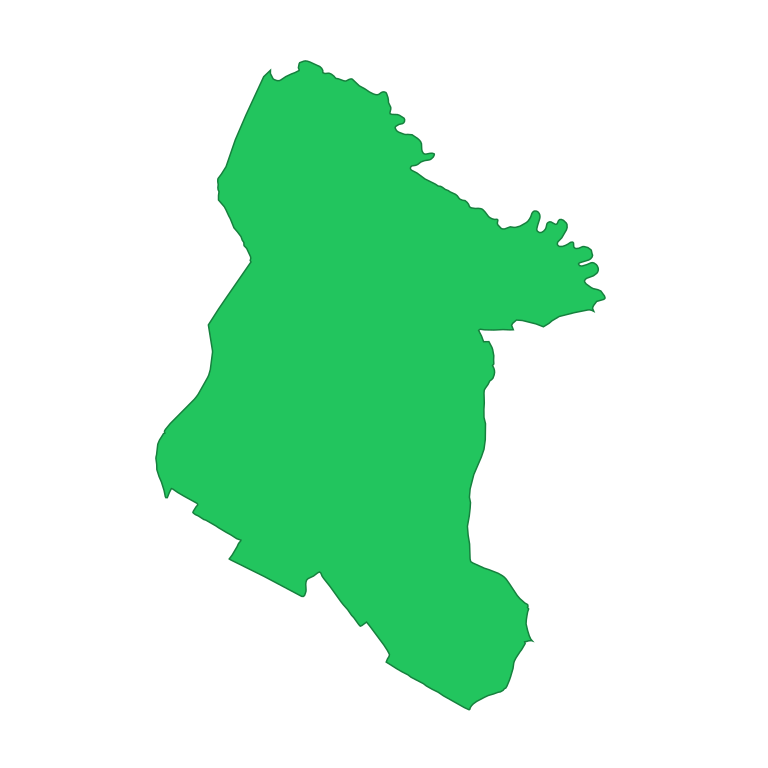 the district of Porumbesti, Satu Mare, Romania, rotated 199°
{"feature_id": "2599482B57737468340050", "entity_name": "Porumbesti", "entity_type": "district", "adm_level": 2, "iso_a3": "ROU", "parent_name": "Romania", "parent_adm1": "Satu Mare", "projection": "equal_earth", "projection_center": [22.962, 47.979], "detail": "fine", "context": "isolated", "style": "filled", "palette": "green", "viewbox_px": 768, "rotation_deg": 199, "n_neighbors": 0, "source": "geoboundaries", "source_scale": "gbopen_adm2", "svg_char_len": 6171}
<svg xmlns="http://www.w3.org/2000/svg" viewBox="0 0 768 768"><g transform="rotate(199 384 384)"><path d="M593.5,643.7L597.8,635.4L602.1,593.3L604.1,566.5L604.1,538.1L606.1,529.5L607.8,524.3L607.7,523.2L607.0,521.1L605.7,518.6L605.0,515.6L604.1,513.7L602.6,512.1L601.9,508.5L600.4,504.1L592.7,499.6L590.2,497.3L585.5,492.4L583.2,490.3L576.7,482.8L572.1,480.1L567.2,476.8L564.8,473.8L562.6,472.2L561.6,469.7L561.3,469.2L558.0,467.5L551.8,461.1L550.9,459.6L550.7,457.2L549.5,456.1L561.0,415.1L564.8,401.2L569.3,382.7L557.1,359.8L556.5,358.4L552.9,341.0L552.6,335.3L552.9,332.6L556.4,313.6L557.5,310.1L558.5,307.5L573.2,277.1L575.8,270.1L576.2,268.4L576.1,267.5L575.2,266.2L576.4,265.2L576.4,264.7L578.0,258.0L578.2,255.4L578.3,253.4L576.0,243.0L575.8,240.8L575.4,239.3L572.7,233.9L570.9,229.1L566.6,223.3L562.5,218.8L557.2,211.6L554.1,206.3L553.2,205.5L551.9,206.0L551.6,211.8L551.0,215.9L549.5,215.9L543.8,214.3L536.9,212.9L522.0,210.3L521.1,209.7L520.8,208.8L521.7,206.8L522.9,201.5L522.8,200.2L521.4,199.6L519.8,199.1L516.6,198.8L510.3,197.2L508.4,197.3L496.8,195.1L493.5,194.2L485.0,192.4L480.2,191.6L472.9,189.8L468.4,189.8L468.5,188.5L469.2,187.1L469.7,185.2L469.9,182.6L471.9,172.8L473.4,168.2L471.8,167.8L434.6,163.0L392.8,156.4L391.2,156.8L390.3,158.1L390.2,160.5L390.3,162.7L390.8,164.3L392.8,169.2L393.3,171.5L393.3,173.5L392.4,175.3L388.1,179.5L385.2,183.9L383.7,185.3L382.2,184.7L379.9,182.1L377.6,180.4L369.0,174.9L353.5,163.9L350.7,162.1L345.0,158.9L339.3,154.7L336.6,153.3L329.5,148.3L327.6,147.3L326.3,148.4L323.0,153.2L318.8,150.6L299.2,137.2L294.1,133.2L290.8,130.1L290.5,128.2L291.2,125.2L291.4,121.8L279.2,118.9L273.1,117.7L266.6,116.8L262.8,115.5L249.2,113.5L245.7,112.3L239.4,111.1L232.4,110.2L226.2,108.5L221.2,107.6L202.7,104.2L197.5,103.7L196.9,104.6L197.1,106.0L196.5,108.3L195.4,110.7L193.0,114.1L186.9,120.6L183.9,123.5L179.5,126.6L175.7,129.7L173.7,130.8L171.7,133.1L170.9,135.2L169.9,136.1L169.4,138.4L169.0,144.5L169.0,148.5L169.4,157.0L170.5,162.6L170.5,164.7L170.0,168.1L168.2,175.2L167.4,177.5L166.0,184.5L167.1,186.0L165.6,186.8L163.6,188.3L161.0,189.4L160.2,189.4L162.1,190.5L164.6,193.1L167.9,197.6L171.6,203.5L172.7,207.6L173.4,211.4L174.0,215.3L174.0,218.4L175.7,219.6L175.5,220.8L176.4,222.2L179.6,222.8L185.6,225.3L189.2,227.4L200.4,236.0L205.0,239.3L207.3,240.5L209.4,241.2L214.4,242.2L224.3,242.6L229.3,242.5L241.8,243.7L244.2,244.3L245.7,246.7L251.0,260.6L255.2,268.4L258.8,276.6L260.4,286.9L262.1,294.5L263.6,300.0L266.4,304.8L268.4,312.8L269.6,327.6L268.2,346.6L268.2,354.8L270.1,364.3L275.1,379.5L278.6,385.0L281.2,392.3L283.0,398.7L286.5,408.0L287.2,410.9L286.8,413.0L285.5,417.4L285.0,421.3L283.7,423.1L282.9,424.9L282.8,428.4L283.2,430.9L284.0,432.8L285.2,434.6L287.4,436.8L286.7,438.7L288.2,442.5L289.4,446.5L292.5,452.0L293.8,453.7L298.6,458.2L303.6,456.4L307.4,461.1L312.0,465.5L310.9,467.1L306.8,467.9L297.7,470.8L289.2,474.2L282.5,476.2L279.4,477.4L282.5,481.1L282.1,483.2L279.6,487.6L273.8,489.1L259.8,490.3L251.9,490.0L247.7,495.1L245.7,498.5L240.3,504.9L227.3,513.4L215.5,520.3L213.9,521.0L211.6,521.3L209.3,521.0L211.3,523.2L211.6,524.8L211.3,526.7L209.8,531.3L203.7,535.6L203.0,536.8L203.1,537.5L204.2,539.0L209.2,542.5L212.5,542.8L217.4,542.3L219.8,542.7L225.4,544.4L227.2,545.6L227.8,546.3L228.0,547.0L227.6,548.7L226.7,550.0L221.2,554.5L219.3,557.3L218.8,558.1L218.4,559.7L218.5,561.6L219.2,563.3L220.7,565.0L222.1,566.0L224.9,566.8L226.5,566.6L227.7,566.0L231.1,562.9L235.3,559.9L237.5,559.6L238.8,560.4L239.2,560.9L239.0,561.5L238.5,562.3L230.8,567.9L229.4,569.6L228.6,571.8L228.7,573.7L229.6,574.8L231.5,577.9L232.1,578.3L235.7,579.4L239.5,579.1L240.9,578.6L244.1,575.7L246.5,574.6L247.6,574.6L248.7,575.0L249.4,575.8L250.7,579.0L251.5,579.5L252.2,579.5L253.7,578.7L255.6,576.2L257.6,574.1L260.0,572.2L262.8,571.2L264.1,571.4L265.4,572.2L265.9,573.5L265.9,574.9L263.5,580.1L261.7,589.1L261.8,591.6L262.9,594.4L264.0,595.5L267.6,597.2L270.0,597.3L271.5,596.6L272.2,595.2L272.4,592.4L272.8,591.4L273.5,590.9L274.2,590.8L278.8,591.6L280.1,591.3L281.2,590.4L281.9,589.3L282.1,588.3L281.7,584.7L281.9,582.7L282.9,580.4L284.4,578.6L286.0,577.9L286.9,577.9L288.7,578.4L289.7,579.4L290.1,580.7L290.4,584.0L290.6,590.9L290.9,592.7L291.7,594.5L292.8,595.8L294.6,596.9L296.0,597.1L297.7,596.7L298.7,596.0L299.4,594.7L299.7,593.3L299.7,589.9L300.1,587.5L301.0,584.6L302.2,582.7L306.7,577.6L310.3,575.1L312.0,574.4L315.8,573.7L320.4,569.9L322.5,569.2L323.9,569.3L328.1,571.5L329.0,572.5L329.4,573.9L329.6,575.7L330.1,576.4L330.9,576.5L333.0,575.6L335.5,575.4L337.7,575.7L339.6,576.3L344.5,579.6L347.0,580.9L348.2,581.3L349.6,581.3L352.0,580.8L354.8,579.7L358.6,579.0L359.9,579.1L361.1,579.7L362.5,581.4L364.5,582.8L367.1,583.8L369.6,583.3L372.3,583.5L373.3,583.9L376.0,585.8L378.1,586.6L384.1,587.2L386.1,587.8L389.4,587.9L392.8,589.0L394.8,589.3L397.2,588.8L400.4,589.7L412.0,591.2L421.4,594.2L427.6,595.1L428.7,595.7L429.3,596.6L429.4,597.7L429.2,598.5L428.5,599.4L425.7,600.8L424.6,601.6L423.5,602.7L421.4,605.9L419.5,607.5L418.2,608.5L414.4,610.5L413.3,611.3L412.5,612.3L411.3,614.7L411.1,616.2L411.1,617.3L411.6,618.0L413.6,617.9L415.6,617.1L419.4,614.9L420.9,614.7L422.1,615.1L423.7,616.5L424.7,618.1L426.8,623.4L427.6,624.3L428.3,625.1L429.9,626.1L431.9,627.0L438.6,628.8L442.9,627.7L444.5,627.0L446.2,626.7L452.2,626.9L454.0,627.4L455.3,628.2L456.7,629.6L457.0,630.2L456.7,631.5L454.4,634.3L451.3,636.2L450.4,637.4L450.1,638.8L450.5,640.6L451.5,641.8L456.8,643.1L459.1,643.1L464.3,641.5L466.1,641.5L466.7,642.3L467.1,646.2L467.7,647.8L471.4,651.6L472.3,653.9L473.5,656.1L475.9,659.2L477.0,660.2L478.6,660.3L480.0,659.9L481.4,658.8L483.1,656.3L484.5,655.3L486.0,654.9L488.5,654.8L492.9,655.4L498.0,656.8L504.5,657.9L513.2,661.9L514.4,661.8L516.1,660.7L518.4,658.3L519.4,657.8L521.1,657.6L526.4,657.7L529.2,657.3L531.6,658.8L534.5,659.8L536.6,660.0L537.7,659.8L541.0,658.3L543.2,658.5L544.0,660.6L545.7,662.2L547.9,663.2L558.6,664.3L561.4,664.3L563.5,663.9L565.0,663.1L568.3,660.4L568.5,659.1L567.9,655.1L566.4,653.3L566.4,652.7L569.7,649.3L572.5,647.0L576.9,642.7L580.7,637.7L581.8,636.7L584.0,636.0L587.0,636.1L588.3,636.5L592.5,640.6L593.5,643.7Z" fill="#22c55e" stroke="#15803d" stroke-width="1.5"/></g></svg>